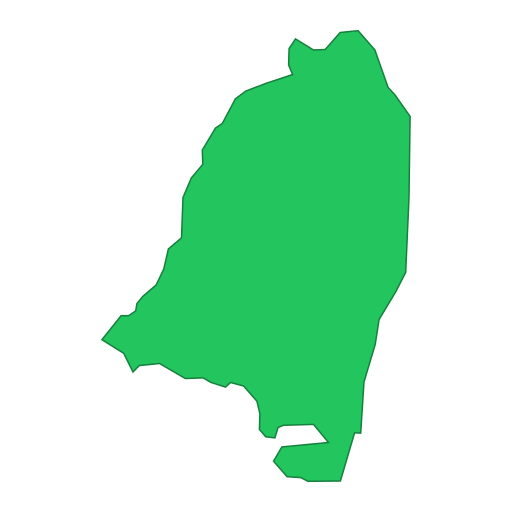 Abalak, Tahoua, Niger (Mercator projection)
{"feature_id": "23599985B73397103622086", "entity_name": "Abalak", "entity_type": "district", "adm_level": 2, "iso_a3": "NER", "parent_name": "Niger", "parent_adm1": "Tahoua", "projection": "mercator", "projection_center": [6.168, 15.504], "detail": "fine", "context": "isolated", "style": "filled", "palette": "green", "viewbox_px": 512, "rotation_deg": 0, "n_neighbors": 0, "source": "geoboundaries", "source_scale": "gbopen_adm2", "svg_char_len": 909}
<svg xmlns="http://www.w3.org/2000/svg" viewBox="0 0 512 512"><path d="M133.0,372.0L139.2,365.6L159.5,363.5L185.3,378.5L203.1,377.9L211.1,382.5L225.5,387.1L230.5,382.5L243.6,386.0L256.9,401.2L259.9,413.8L259.4,429.4L265.7,436.8L274.9,437.9L278.0,427.6L283.2,425.3L313.5,424.4L328.5,442.5L281.9,446.9L273.5,461.2L287.1,476.7L300.8,477.6L308.0,481.3L340.4,481.0L354.6,432.8L360.7,433.1L364.0,381.9L375.2,344.5L379.1,319.5L395.9,291.5L405.7,272.3L409.0,197.4L410.1,116.4L394.8,94.7L388.1,87.4L374.9,50.0L358.1,30.7L351.7,31.3L340.1,32.5L325.2,49.5L313.5,50.0L295.5,38.9L289.1,48.5L288.6,65.0L292.6,74.5L266.2,83.3L245.9,91.0L235.4,98.8L222.3,123.5L215.5,128.0L202.3,150.1L202.8,164.3L191.3,178.0L183.0,197.5L181.5,237.8L168.4,248.9L163.8,268.9L156.2,284.9L143.0,296.2L136.9,303.6L135.7,310.9L128.6,315.7L121.1,315.7L101.9,339.7L123.7,353.3L133.0,372.0Z" fill="#22c55e" stroke="#15803d" stroke-width="1.5"/></svg>